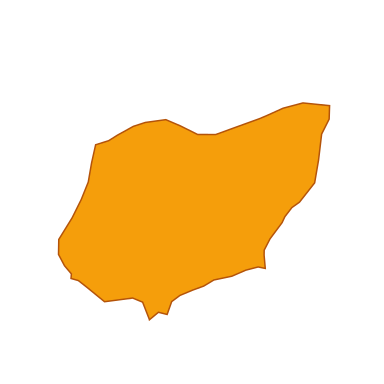 outline of Aplanta, Larnaca, Cyprus, rotated 115°
{"feature_id": "46923920B85931406111700", "entity_name": "Aplanta", "entity_type": "district", "adm_level": 2, "iso_a3": "CYP", "parent_name": "Cyprus", "parent_adm1": "Larnaca", "projection": "mercator", "projection_center": [33.482, 34.828], "detail": "fine", "context": "isolated", "style": "filled", "palette": "amber", "viewbox_px": 384, "rotation_deg": 115, "n_neighbors": 0, "source": "geoboundaries", "source_scale": "gbopen_adm2", "svg_char_len": 815}
<svg xmlns="http://www.w3.org/2000/svg" viewBox="0 0 384 384"><g transform="rotate(115 192 192)"><path d="M325.8,176.6L315.2,171.6L313.5,162.8L299.9,164.1L290.8,159.2L280.7,150.0L272.3,141.6L262.5,135.0L251.5,120.3L240.1,110.2L232.0,100.4L230.3,93.3L218.7,100.0L214.2,102.0L201.5,101.5L181.7,97.4L175.1,97.4L163.9,94.9L155.8,90.3L131.9,84.7L109.6,90.8L84.7,99.0L68.0,98.5L55.6,103.8L64.4,129.1L77.6,144.9L91.8,157.1L97.4,162.2L116.2,181.1L129.9,194.8L137.5,211.2L137.0,230.5L137.5,246.3L148.7,263.7L157.3,272.9L172.0,283.6L180.7,289.2L189.9,299.3L208.1,295.3L226.9,290.2L245.6,289.2L265.5,289.7L265.9,289.7L291.3,292.7L305.0,286.6L312.7,276.4L317.2,266.7L321.5,265.1L320.3,257.6L322.8,246.9L328.4,224.9L313.2,201.0L312.7,190.2L325.3,177.0L325.8,176.6Z" fill="#f59e0b" stroke="#b45309" stroke-width="1.5"/></g></svg>